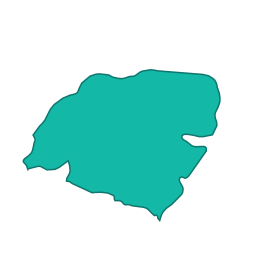 the border of Galati, rotated 119°
{"feature_id": "ROU-315", "entity_name": "Galati", "entity_type": "County", "adm_level": 1, "iso_a3": "ROU", "parent_name": "Romania", "parent_adm1": "", "projection": "robinson", "projection_center": [27.834, 45.761], "detail": "fine", "context": "isolated", "style": "filled", "palette": "teal", "viewbox_px": 256, "rotation_deg": 119, "n_neighbors": 0, "source": "natural_earth", "source_scale": "10m", "svg_char_len": 1916}
<svg xmlns="http://www.w3.org/2000/svg" viewBox="0 0 256 256"><g transform="rotate(119 128 128)"><path d="M193.6,55.3L192.4,58.3L191.0,59.1L190.5,60.2L190.6,61.4L191.6,62.0L191.7,63.2L189.5,70.8L189.2,72.9L189.8,76.0L194.1,86.9L194.4,89.4L194.9,90.7L195.9,92.2L196.7,93.9L196.3,95.5L195.6,97.2L195.4,98.9L195.8,100.5L197.4,103.3L197.8,104.1L197.2,105.2L194.9,106.6L194.1,107.8L194.6,114.1L197.4,120.7L200.5,125.9L202.0,127.9L203.6,149.7L203.2,153.2L204.3,156.0L201.8,157.1L196.0,157.1L193.7,157.8L190.8,159.6L187.9,162.0L185.7,164.5L195.6,169.0L199.6,171.8L202.5,176.4L203.2,177.7L203.7,178.2L203.9,178.7L204.0,186.0L205.2,188.2L209.9,193.2L212.3,195.7L212.7,195.6L212.4,196.0L210.0,198.6L209.3,200.3L209.0,201.5L208.4,202.9L207.8,203.5L206.8,203.8L205.0,203.5L199.9,201.3L196.8,200.5L195.2,200.5L193.3,200.8L185.6,203.1L183.8,203.3L182.5,204.1L180.2,207.6L169.5,206.3L165.1,205.1L161.0,204.5L149.4,205.0L143.2,203.9L133.5,199.4L127.6,194.8L124.1,191.0L122.5,189.8L120.4,189.4L117.2,189.9L111.1,190.2L101.0,186.3L96.3,181.9L94.6,179.3L91.4,171.8L90.9,170.1L91.0,168.1L90.8,165.6L89.4,160.8L88.1,157.8L86.2,155.2L82.5,151.9L81.3,150.3L80.5,148.9L79.5,147.6L77.6,146.5L73.0,144.4L71.3,143.0L66.8,137.4L65.6,135.3L64.5,132.6L63.5,129.4L44.9,88.6L43.3,82.8L43.5,78.1L44.0,75.6L45.2,73.5L46.7,71.7L49.3,69.5L53.6,64.8L57.4,62.0L60.7,60.3L65.7,59.4L71.7,59.1L74.6,58.3L77.5,56.0L79.2,54.0L81.3,52.4L83.0,51.4L93.0,50.8L99.0,57.9L101.1,61.7L102.8,67.9L104.9,73.4L106.4,75.8L108.2,77.0L109.5,76.7L110.4,76.1L111.0,75.1L111.4,73.8L111.4,70.5L112.4,64.6L112.5,62.6L111.9,60.6L110.9,58.6L107.4,52.8L107.1,51.1L107.7,49.7L110.2,48.4L140.2,51.6L142.9,52.5L144.3,53.8L144.4,55.5L144.7,57.1L145.9,58.4L147.8,58.3L149.2,57.5L150.3,56.1L152.1,53.1L153.4,51.3L155.1,50.0L157.9,49.0L160.4,49.0L173.6,52.7L180.0,55.7L184.5,56.6L187.1,56.7L192.9,55.6L193.5,55.3L193.6,55.3Z" fill="#14b8a6" stroke="#0f766e" stroke-width="1.5"/></g></svg>